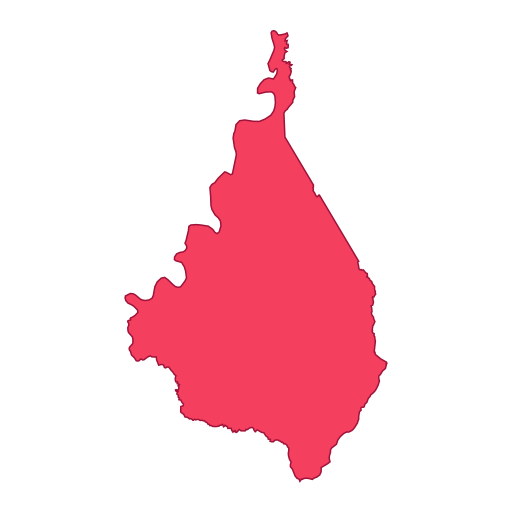 Hobo, Huila, Colombia
{"feature_id": "7082276B60614758896668", "entity_name": "Hobo", "entity_type": "district", "adm_level": 2, "iso_a3": "COL", "parent_name": "Colombia", "parent_adm1": "Huila", "projection": "natural_earth1", "projection_center": [-75.433, 2.565], "detail": "fine", "context": "isolated", "style": "filled", "palette": "rose", "viewbox_px": 512, "rotation_deg": 0, "n_neighbors": 0, "source": "geoboundaries", "source_scale": "gbopen_adm2", "svg_char_len": 6013}
<svg xmlns="http://www.w3.org/2000/svg" viewBox="0 0 512 512"><path d="M385.4,368.5L386.2,365.4L386.0,364.2L386.5,364.2L386.9,363.3L386.4,362.1L380.9,359.0L375.4,354.5L375.1,353.7L375.0,352.2L374.2,352.0L375.4,340.8L374.9,339.1L374.8,336.9L374.0,335.7L374.2,333.7L372.9,333.0L372.2,331.6L372.6,330.5L372.2,329.6L372.6,327.7L372.6,326.2L373.1,325.7L374.9,321.6L373.6,318.6L373.5,317.2L371.7,314.6L371.4,312.8L372.0,311.7L371.6,307.4L371.1,306.4L371.2,305.7L372.7,305.1L373.4,302.4L373.4,301.3L372.9,300.2L373.0,298.9L372.5,297.9L372.6,297.1L373.0,297.3L374.0,296.9L374.2,296.2L375.7,294.0L375.1,292.3L375.4,291.3L375.0,291.0L374.5,288.8L374.6,286.5L372.4,283.7L371.7,281.5L369.8,280.0L369.4,278.5L368.9,278.4L367.7,277.2L366.7,276.9L366.7,276.6L367.5,276.1L367.2,273.5L365.7,272.8L363.4,269.9L361.9,270.3L361.5,269.6L359.7,269.6L358.9,268.6L358.6,266.1L357.8,262.5L358.0,261.7L358.7,261.3L319.7,195.6L319.5,195.9L318.9,195.1L317.1,196.8L315.9,195.7L314.7,193.0L313.1,190.9L313.4,189.8L312.9,187.6L313.5,187.0L313.2,185.5L313.5,185.1L284.9,137.0L283.9,113.0L285.3,110.8L287.3,109.2L288.3,107.5L292.7,102.4L292.9,100.1L294.6,96.7L294.1,91.7L295.7,87.6L295.0,87.1L293.7,84.3L292.5,82.8L292.7,81.7L292.4,81.1L292.6,80.0L292.1,79.8L290.4,80.7L290.1,79.3L289.6,79.0L289.6,78.0L289.2,77.3L289.2,76.2L290.0,75.7L290.0,74.9L290.6,74.1L291.3,71.0L290.3,69.8L290.5,69.2L291.2,68.8L291.1,68.5L290.0,67.8L289.4,66.7L290.5,65.2L291.5,65.4L292.0,64.7L289.1,64.0L290.1,62.5L289.8,61.9L288.6,61.8L286.9,63.3L286.3,63.4L286.3,62.3L285.9,61.6L283.7,61.5L282.4,60.9L282.3,60.4L282.3,59.9L284.2,58.6L284.1,56.7L284.8,52.9L287.0,51.5L285.1,50.3L284.4,48.8L284.5,48.2L284.9,47.5L286.2,48.3L288.0,47.8L288.2,47.0L288.2,44.4L286.6,44.1L286.4,43.6L287.2,40.5L285.0,40.9L285.5,38.6L288.0,35.9L287.4,33.8L287.0,32.9L285.3,33.9L281.0,34.8L278.6,35.0L277.6,34.2L276.6,32.5L275.4,31.3L273.8,30.7L272.0,31.2L271.1,32.8L272.0,38.2L274.1,44.9L274.6,47.5L273.8,50.6L269.7,60.3L268.0,63.6L269.9,70.5L271.3,71.6L273.3,72.1L275.3,69.1L276.3,68.6L277.1,68.9L277.2,71.3L276.6,74.1L273.5,79.0L268.5,78.0L264.1,79.7L260.4,83.6L257.6,88.3L257.5,93.0L259.2,93.7L265.7,92.1L271.3,91.8L273.7,93.4L274.9,96.1L275.4,102.6L275.0,106.5L273.7,111.0L270.9,115.2L265.0,119.1L259.4,121.4L253.3,121.3L244.8,120.0L239.7,120.7L236.0,124.6L234.9,131.2L233.8,133.6L233.1,138.1L234.5,147.6L236.0,151.9L236.3,155.0L232.4,173.9L230.7,174.7L226.2,172.3L224.7,171.9L218.1,178.3L214.9,182.6L211.8,184.5L209.9,187.5L210.7,197.1L211.0,205.7L212.0,209.6L215.2,215.1L218.3,217.8L220.4,221.0L221.0,225.7L219.2,231.9L217.1,233.6L214.9,232.4L212.9,229.5L208.4,226.2L200.9,225.0L196.0,224.6L190.8,225.0L188.9,226.3L188.4,230.7L186.1,240.3L185.0,243.3L186.6,245.8L186.7,248.3L185.4,250.3L183.9,251.5L182.7,252.0L179.6,252.5L176.6,253.9L174.6,256.9L174.4,259.6L175.9,260.8L181.6,262.4L184.3,266.8L185.6,271.1L186.5,277.9L185.1,280.8L183.0,283.8L180.5,286.9L178.2,287.3L175.5,286.7L172.8,284.5L167.9,279.7L164.7,277.4L161.3,278.1L157.3,281.8L154.9,286.6L153.3,295.4L152.0,298.3L148.9,300.0L145.0,300.5L142.3,300.0L140.4,299.2L135.6,295.1L133.2,293.8L130.3,293.5L125.4,296.0L125.1,298.1L125.9,300.7L128.1,303.2L131.8,304.9L134.1,306.5L137.5,310.0L137.9,312.4L135.1,315.4L132.5,317.1L130.5,318.0L130.2,318.7L130.7,319.6L130.5,320.1L128.5,320.5L127.8,321.0L127.7,321.6L128.8,323.9L128.8,324.9L127.8,327.7L128.0,330.9L128.6,332.6L132.2,336.7L132.7,337.9L132.9,339.8L132.9,342.8L132.5,343.9L129.7,347.0L129.2,348.1L129.4,350.0L130.5,351.5L131.5,355.0L134.2,357.6L136.3,360.8L137.7,361.0L139.0,360.8L140.9,358.9L142.8,360.0L144.1,359.7L147.2,357.3L150.1,355.8L151.9,356.9L155.0,357.0L155.9,356.8L156.2,356.9L156.6,359.8L158.7,365.2L161.2,364.5L162.6,364.6L163.7,365.3L164.4,367.5L165.7,367.9L166.5,367.2L168.4,367.0L168.9,367.3L171.2,370.4L172.9,372.1L174.2,374.3L175.9,375.7L175.3,377.9L175.3,380.3L175.9,381.9L177.5,381.9L177.6,382.5L177.1,383.3L177.2,383.8L178.9,384.2L179.5,384.7L179.3,385.2L178.1,385.8L178.9,387.4L178.6,389.1L177.6,390.1L176.0,389.6L175.5,389.9L175.5,390.3L176.2,391.3L178.1,391.3L178.0,391.8L177.2,392.3L176.9,393.7L177.0,394.2L178.3,395.2L178.2,397.1L179.2,397.7L178.9,399.7L180.8,400.0L182.0,402.5L183.5,404.1L183.2,405.8L180.8,406.5L180.7,411.7L180.9,412.3L183.9,414.5L184.9,416.9L187.6,417.4L189.4,418.9L191.4,418.8L192.9,420.3L193.5,420.2L194.4,419.3L195.6,419.9L197.5,419.4L198.7,419.5L200.1,420.5L201.9,420.2L203.4,420.9L204.5,420.8L205.4,421.9L207.0,422.6L208.1,424.3L209.2,424.4L209.9,425.6L211.1,425.5L212.6,426.4L215.4,426.6L217.6,426.4L219.2,426.0L219.4,425.4L221.2,425.2L222.3,424.3L222.7,424.6L223.5,426.8L224.5,426.2L224.9,425.2L225.1,425.2L226.3,426.2L227.3,426.5L227.8,428.4L231.3,428.4L231.5,429.9L232.9,432.1L233.5,431.3L234.5,431.6L234.9,430.6L235.2,430.6L235.9,432.4L236.3,432.4L237.3,431.8L239.3,429.5L240.9,430.8L245.0,430.9L245.6,430.5L245.8,429.5L247.5,429.6L249.4,428.0L252.2,427.4L253.6,428.5L253.7,429.5L255.0,431.6L255.6,431.7L256.1,430.7L257.4,429.9L261.5,432.3L263.9,432.8L265.9,436.0L267.9,437.4L268.2,439.1L270.3,439.4L270.1,441.3L271.8,441.8L273.3,441.8L275.1,440.1L278.2,440.0L279.1,440.9L280.2,441.1L281.6,442.3L282.7,442.3L283.8,443.9L285.6,443.9L287.3,445.7L287.4,446.7L288.7,447.9L288.8,450.8L288.3,452.9L288.5,455.8L289.5,459.4L291.1,462.1L290.4,464.6L290.4,466.7L292.3,469.0L295.2,476.1L297.1,478.4L299.1,479.1L299.9,481.3L301.6,479.1L302.3,479.3L303.9,478.5L305.9,478.2L308.5,478.4L312.4,479.4L313.8,478.2L316.8,477.1L319.7,475.0L321.1,471.9L321.2,467.5L327.8,463.6L330.0,461.8L329.2,458.3L329.4,455.9L330.5,452.2L330.5,449.8L331.6,448.0L336.4,444.3L337.8,440.1L340.1,436.8L343.8,433.4L346.4,432.1L348.9,432.0L351.7,430.6L353.3,429.2L354.9,427.1L357.5,422.9L357.6,422.0L358.7,419.2L358.7,416.2L359.4,412.1L360.0,411.1L361.1,410.3L360.8,408.7L361.2,407.6L361.9,407.2L363.6,407.2L364.2,406.7L364.9,404.1L366.8,402.4L368.3,398.4L370.1,396.4L370.7,394.8L372.5,393.5L374.7,391.3L376.3,388.9L378.1,385.2L379.4,381.0L378.7,377.8L378.8,376.0L380.4,374.5L382.5,371.0L385.4,368.5Z" fill="#f43f5e" stroke="#9f1239" stroke-width="1.5"/></svg>